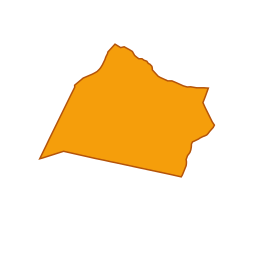 outline of Paraibano, Maranhão, Brazil, rotated 319°
{"feature_id": "56859067B92174328056743", "entity_name": "Paraibano", "entity_type": "district", "adm_level": 2, "iso_a3": "BRA", "parent_name": "Brazil", "parent_adm1": "Maranhão", "projection": "albers", "projection_center": [-43.896, -6.414], "detail": "fine", "context": "isolated", "style": "filled", "palette": "amber", "viewbox_px": 256, "rotation_deg": 319, "n_neighbors": 0, "source": "geoboundaries", "source_scale": "gbopen_adm2", "svg_char_len": 1175}
<svg xmlns="http://www.w3.org/2000/svg" viewBox="0 0 256 256"><g transform="rotate(319 128 128)"><path d="M41.2,93.3L43.9,94.6L64.1,103.3L83.4,129.6L88.7,136.5L93.2,142.6L95.7,145.8L111.8,167.3L125.6,185.6L130.1,191.6L136.1,199.8L138.2,199.1L142.4,197.0L147.1,194.6L148.5,193.4L150.0,191.8L151.2,189.9L154.8,187.9L156.8,187.5L158.8,187.0L161.2,185.6L163.4,183.8L165.4,181.7L167.6,180.8L169.2,181.3L171.8,182.0L174.0,182.6L175.8,182.8L178.9,183.6L180.7,184.3L182.9,184.9L184.9,184.7L187.2,184.2L192.6,183.5L195.1,182.5L195.6,178.6L199.7,162.9L201.2,158.0L207.1,154.9L214.8,150.6L211.7,147.5L206.1,142.6L202.3,138.0L199.6,135.9L197.4,132.5L194.3,125.8L192.1,121.3L188.9,118.5L185.4,110.8L184.7,108.7L184.5,100.1L185.6,98.8L186.5,97.1L186.4,94.4L185.7,92.6L186.0,89.9L184.5,87.2L184.0,84.9L181.6,82.8L181.0,80.2L180.6,77.6L181.5,73.1L180.5,69.9L178.4,64.2L175.2,62.5L173.2,56.2L162.8,57.4L161.2,58.5L158.9,59.4L157.4,60.1L155.4,61.3L150.0,63.6L146.7,64.6L144.9,64.9L141.8,65.1L139.0,64.6L136.2,63.9L126.9,60.9L115.8,60.7L114.5,62.3L109.2,64.5L107.7,65.1L76.2,78.4L71.7,80.3L61.0,84.8L57.6,86.3L55.3,87.3L41.2,93.3Z" fill="#f59e0b" stroke="#b45309" stroke-width="1.5"/></g></svg>